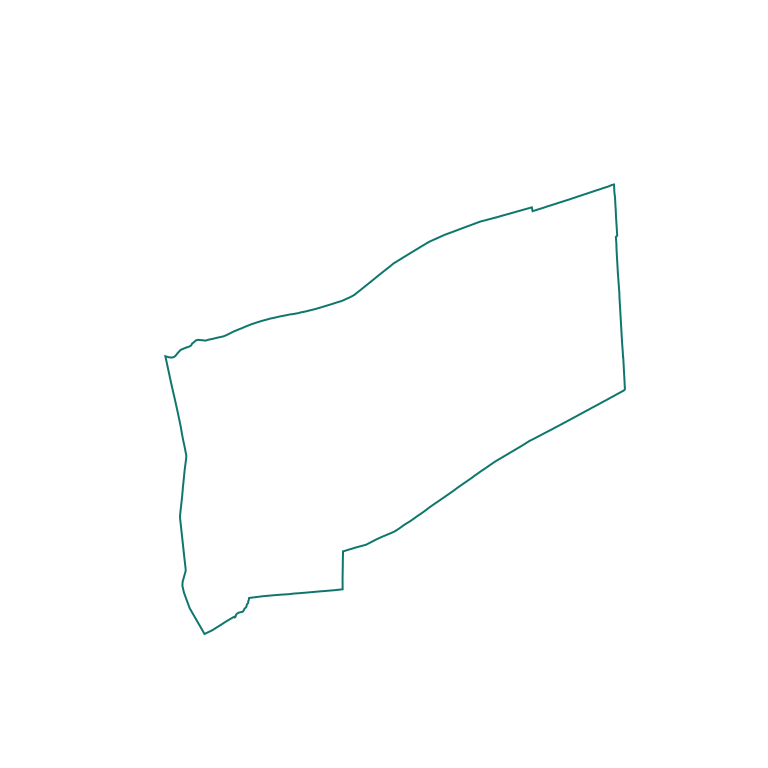 outline of Cochirleanca, Buzau, Romania, rotated 135°
{"feature_id": "2599482B68265285163433", "entity_name": "Cochirleanca", "entity_type": "district", "adm_level": 2, "iso_a3": "ROU", "parent_name": "Romania", "parent_adm1": "Buzau", "projection": "equal_earth", "projection_center": [27.016, 45.202], "detail": "fine", "context": "isolated", "style": "outline", "palette": "teal", "viewbox_px": 768, "rotation_deg": 135, "n_neighbors": 0, "source": "geoboundaries", "source_scale": "gbopen_adm2", "svg_char_len": 4843}
<svg xmlns="http://www.w3.org/2000/svg" viewBox="0 0 768 768"><g transform="rotate(135 384 384)"><path d="M519.0,558.2L519.4,557.6L519.5,557.4L524.1,550.3L528.1,544.1L528.2,543.9L532.6,537.2L540.6,524.5L540.6,524.4L549.0,511.2L557.8,497.7L562.2,491.5L565.8,486.2L568.4,482.1L571.0,478.2L574.6,472.9L576.6,471.2L586.2,463.8L595.7,456.0L600.1,452.5L600.3,452.2L603.8,449.3L606.4,447.1L619.9,436.3L622.7,433.8L628.0,427.2L645.7,405.2L645.8,405.1L655.2,393.3L656.5,392.0L666.2,386.6L669.3,383.8L673.1,377.7L676.6,370.1L680.1,362.5L680.1,362.2L681.9,355.6L687.0,336.6L687.7,334.2L680.2,331.5L679.4,331.3L677.8,330.9L673.8,330.0L669.5,329.0L665.2,328.1L660.2,326.9L655.4,325.6L654.3,325.2L654.6,324.6L653.9,324.3L652.0,325.3L650.8,325.6L648.4,325.1L645.2,323.0L644.2,322.9L641.6,323.7L639.3,323.7L638.3,324.1L637.2,324.9L636.1,325.2L635.1,325.2L634.6,325.4L633.8,326.3L632.3,326.9L630.7,328.1L620.1,319.9L609.8,311.3L603.9,306.2L603.0,305.4L600.2,302.9L595.1,298.9L594.8,298.6L591.5,295.7L589.0,293.6L583.9,289.3L575.4,282.2L571.2,278.6L568.1,276.0L566.7,274.8L565.3,273.6L560.8,270.0L560.1,269.4L559.4,268.9L559.0,268.6L558.4,268.1L557.7,268.8L552.5,274.1L547.5,279.0L542.2,284.1L537.6,288.6L531.3,294.6L519.5,288.3L510.3,283.0L506.8,281.9L499.8,279.7L498.4,279.2L494.1,277.6L490.9,276.3L488.5,275.3L485.3,274.0L484.5,273.6L483.0,273.1L481.2,272.4L480.2,272.1L477.4,271.5L475.6,271.1L470.4,270.3L467.5,269.7L463.0,268.6L457.5,267.6L454.2,267.1L452.7,266.8L450.2,266.3L447.5,265.8L440.7,264.8L439.6,264.7L437.9,264.4L436.7,264.2L433.4,263.6L431.9,263.3L429.6,262.9L428.2,262.6L427.0,262.4L426.1,262.2L424.9,262.0L422.8,261.6L419.3,261.0L415.1,260.2L410.5,259.4L407.1,258.9L405.6,258.7L404.0,258.4L403.7,258.4L402.9,258.2L401.2,257.9L400.0,257.7L398.9,257.5L397.6,257.3L396.2,257.0L392.8,256.4L390.2,255.9L386.6,255.3L386.1,255.3L385.5,255.3L384.8,255.1L380.8,254.4L378.7,254.0L376.6,253.7L375.2,253.4L373.5,253.0L362.8,251.1L359.1,250.3L347.1,247.2L336.5,244.5L331.2,243.1L330.8,243.0L321.5,240.9L320.7,240.6L311.3,237.6L304.8,235.6L302.0,234.7L300.1,234.1L295.7,232.7L294.9,232.5L294.2,232.3L291.9,231.6L290.4,231.1L283.5,229.0L265.4,223.6L263.4,223.0L262.5,222.7L261.3,222.4L257.5,221.2L256.9,221.0L255.0,220.5L252.9,219.9L252.1,219.6L240.6,216.2L240.4,216.1L233.9,214.2L233.2,214.0L228.8,212.7L223.6,211.2L222.1,210.7L220.9,210.4L220.0,210.1L219.1,209.8L218.0,209.9L217.9,209.9L217.5,209.9L217.4,209.9L217.3,210.0L217.2,210.1L216.4,211.0L215.3,212.2L215.1,212.5L214.8,212.8L210.6,217.4L195.9,233.8L196.0,233.9L191.4,239.1L187.0,244.2L184.7,246.8L183.2,248.5L181.6,250.3L161.8,272.5L156.1,278.9L152.6,282.6L152.5,282.8L140.5,296.7L126.6,312.3L121.8,317.6L121.5,317.7L121.0,318.3L116.1,324.0L115.5,324.1L115.0,323.9L114.4,323.9L114.1,324.1L108.1,330.9L102.4,337.4L102.0,337.8L100.7,339.3L98.2,342.0L96.7,343.6L94.3,346.4L93.5,347.3L91.3,349.7L89.5,351.7L89.1,352.2L88.6,352.6L88.4,352.9L88.0,353.5L87.9,353.6L87.4,354.3L86.2,355.8L85.1,357.2L84.5,357.8L83.2,359.2L81.9,360.6L81.5,361.1L81.3,361.3L80.9,361.7L80.8,361.9L80.6,362.1L80.3,362.4L80.7,362.7L81.0,362.9L81.8,363.4L82.4,363.8L83.5,364.1L85.4,364.9L86.9,365.6L87.9,366.2L88.4,366.4L88.9,366.7L90.5,367.5L92.7,368.6L93.4,368.9L96.6,370.6L96.9,370.7L99.8,372.2L100.5,372.5L104.0,374.3L105.5,375.0L109.2,376.9L110.5,377.5L112.8,378.7L113.6,379.1L115.7,380.1L118.1,381.3L119.6,382.1L120.9,382.7L121.3,382.9L122.3,383.4L122.9,383.7L123.5,384.0L124.0,384.3L124.5,384.5L125.3,385.0L126.4,385.5L127.0,385.8L129.1,386.9L129.8,387.3L131.4,388.1L133.1,389.0L135.8,390.3L137.6,391.3L140.5,392.8L143.4,394.3L145.5,395.3L151.6,398.5L156.7,401.1L154.6,404.4L172.1,414.2L175.5,416.1L183.6,420.7L183.8,420.7L201.3,430.9L213.3,436.4L220.3,439.6L224.3,441.4L229.8,443.9L235.4,446.5L242.2,449.1L251.4,452.6L260.1,454.8L261.3,455.1L270.7,457.4L281.9,460.1L288.7,461.7L290.7,462.2L291.2,462.4L298.0,463.1L302.1,463.6L306.3,464.1L309.7,464.5L309.9,464.5L310.2,464.6L310.9,464.6L317.6,465.3L336.0,467.3L339.3,467.7L339.6,467.7L340.2,467.8L341.2,467.8L344.6,468.7L347.6,469.7L349.8,470.6L352.9,471.7L355.6,472.8L357.2,473.7L359.4,474.9L364.4,477.4L376.3,483.8L378.4,484.9L380.3,486.0L383.9,488.2L385.1,488.9L389.2,491.4L392.2,493.5L393.8,494.3L395.2,495.2L400.0,498.6L401.0,499.5L402.6,500.5L411.1,506.2L412.9,507.3L415.5,508.9L417.7,510.4L420.7,512.1L425.6,514.9L430.3,517.4L435.7,520.1L442.2,522.9L442.6,523.0L444.9,523.9L447.1,524.9L453.1,527.4L458.3,529.1L460.3,529.8L461.0,530.0L464.2,531.4L466.0,532.6L467.7,533.7L470.1,535.2L474.6,537.9L476.2,539.1L477.0,539.5L479.5,540.9L483.6,545.9L484.1,546.6L486.0,547.8L488.0,547.9L489.6,548.0L491.1,548.3L492.9,547.7L493.4,547.7L494.3,547.9L495.7,548.4L496.8,548.9L498.0,549.6L499.7,550.3L503.1,551.7L503.8,551.9L507.8,551.8L511.3,551.4L512.9,551.5L515.1,552.5L516.8,554.4L518.6,557.5L518.8,557.8L519.0,558.2Z" fill="none" stroke="#0f766e" stroke-width="2"/></g></svg>